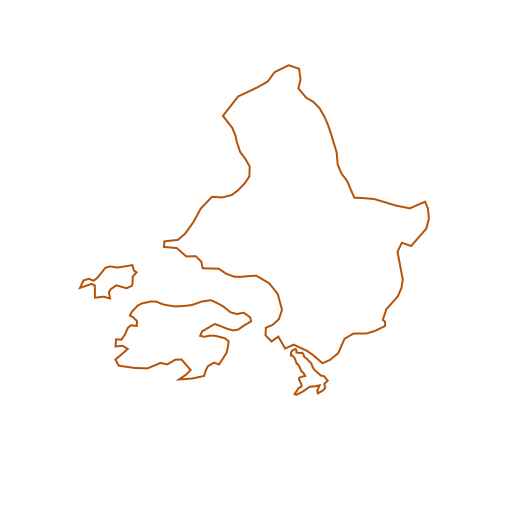 the district of Langkawi, Kedah, Malaysia, rotated 60°
{"feature_id": "92858781B39946702986092", "entity_name": "Langkawi", "entity_type": "district", "adm_level": 2, "iso_a3": "MYS", "parent_name": "Malaysia", "parent_adm1": "Kedah", "projection": "robinson", "projection_center": [99.815, 6.325], "detail": "fine", "context": "isolated", "style": "outline", "palette": "amber", "viewbox_px": 512, "rotation_deg": 60, "n_neighbors": 0, "source": "geoboundaries", "source_scale": "gbopen_adm2", "svg_char_len": 2995}
<svg xmlns="http://www.w3.org/2000/svg" viewBox="0 0 512 512"><g transform="rotate(60 256 256)"><path d="M349.8,140.7L323.0,131.3L317.5,123.0L324.9,116.7L317.5,94.9L310.1,87.6L300.9,83.4L293.5,82.4L291.6,99.0L282.4,109.5L265.8,125.1L259.3,134.4L254.7,141.7L245.5,140.7L237.2,139.6L227.0,140.7L217.8,139.6L206.7,134.4L189.2,130.3L179.0,128.2L169.8,127.1L159.7,127.1L151.4,129.2L144.0,133.4L132.0,135.5L125.5,129.2L115.4,125.1L107.1,132.3L106.1,148.0L110.7,158.4L110.7,169.8L108.9,191.7L118.1,214.6L132.9,212.5L141.2,213.5L147.7,215.6L157.8,217.7L166.1,216.7L175.3,216.7L183.7,221.9L187.3,229.1L190.1,238.5L191.0,246.8L188.3,256.2L182.7,264.5L187.3,280.1L195.6,293.7L201.2,306.2L203.0,315.5L197.5,328.0L202.1,331.2L209.5,320.7L221.5,316.6L226.1,308.3L233.5,306.2L240.0,308.3L248.3,294.7L256.6,290.6L263.0,285.3L266.7,279.1L269.5,272.9L273.2,265.6L280.6,261.4L286.1,258.3L292.6,257.2L300.0,256.2L315.6,260.4L322.1,267.7L324.0,276.0L323.0,283.3L329.5,287.4L337.8,285.3L336.9,277.0L350.7,277.0L351.6,267.7L363.6,259.3L370.1,256.2L382.1,252.0L383.0,243.7L381.2,233.3L372.0,220.8L371.9,210.4L378.4,199.0L380.3,190.6L381.2,179.2L377.5,177.1L374.7,178.1L367.3,169.8L361.8,153.2L356.3,145.9L349.8,140.7ZM294.3,340.3L294.3,333.0L294.3,325.7L299.0,321.7L304.3,317.7L309.0,313.0L310.8,308.3L310.2,301.0L310.2,293.0L306.1,291.7L299.0,295.0L296.6,301.7L291.9,306.3L283.0,309.7L277.7,313.0L271.8,317.0L268.3,325.7L266.5,335.7L264.1,341.6L259.4,351.0L254.7,357.0L251.1,361.0L245.8,365.0L242.9,369.6L239.9,379.0L239.9,383.6L242.3,391.6L244.6,395.0L247.6,393.0L252.9,391.6L257.0,394.3L253.5,398.9L254.1,402.9L258.2,408.3L261.2,414.3L258.2,418.9L264.1,422.9L267.1,416.3L272.4,413.6L274.2,422.9L275.4,429.6L282.5,429.6L286.6,424.3L291.9,417.6L294.9,412.9L299.0,406.3L300.2,397.6L300.8,392.3L305.5,387.0L305.5,377.6L308.4,372.3L314.9,371.0L322.0,369.6L323.8,375.6L324.4,384.3L326.8,379.6L330.3,372.3L333.9,361.0L329.7,356.3L327.4,353.0L327.4,345.6L331.5,342.3L325.0,329.7L319.7,325.0L316.1,322.3L311.4,324.3L304.9,331.0L301.9,335.7L300.2,341.0L297.2,344.3L294.3,340.3ZM210.4,367.6L207.4,369.0L202.1,367.6L196.8,381.6L192.1,387.6L190.9,392.3L195.6,404.3L196.2,408.9L192.1,412.3L190.9,417.6L195.6,424.3L198.0,412.3L200.9,410.3L205.6,412.9L211.6,416.3L215.1,408.3L219.8,403.6L213.9,401.6L212.1,398.3L211.6,391.6L215.7,387.6L219.2,384.3L219.8,378.3L217.5,376.3L212.2,373.0L210.4,367.6ZM404.7,261.8L401.0,260.9L399.8,256.2L394.2,257.1L391.9,259.6L384.3,262.2L380.8,262.6L376.5,261.8L374.3,262.4L372.4,262.9L370.2,263.5L366.8,264.8L365.4,264.0L362.9,264.3L362.0,266.7L359.8,269.2L358.3,268.4L356.4,268.1L355.9,271.1L356.9,273.8L359.6,275.5L360.0,274.6L363.4,273.6L367.1,274.1L369.7,274.6L370.9,273.8L374.8,273.8L377.9,274.4L381.6,273.3L384.5,273.3L383.5,276.8L383.0,279.3L384.5,280.6L386.4,280.6L390.0,280.9L391.7,281.7L391.7,285.3L394.9,291.6L396.4,290.3L396.8,283.9L396.4,278.4L396.0,275.0L398.3,270.3L399.8,265.6L403.2,270.3L405.9,271.1L405.9,264.7L404.7,261.8Z" fill="none" stroke="#b45309" stroke-width="2"/></g></svg>